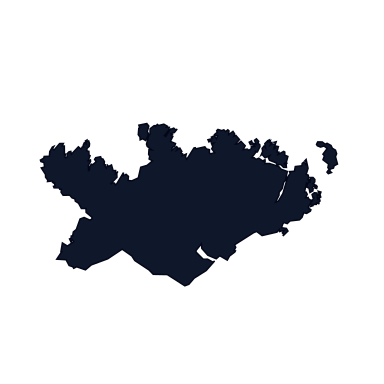 Fredrikstad nor, Østfold, Norway, rotated 162°
{"feature_id": "86288312B4137874429707", "entity_name": "Fredrikstad nor", "entity_type": "district", "adm_level": 2, "iso_a3": "NOR", "parent_name": "Norway", "parent_adm1": "Østfold", "projection": "natural_earth1", "projection_center": [10.867, 59.223], "detail": "fine", "context": "isolated", "style": "filled", "palette": "ink", "viewbox_px": 384, "rotation_deg": 162, "n_neighbors": 0, "source": "geoboundaries", "source_scale": "gbopen_adm2", "svg_char_len": 6033}
<svg xmlns="http://www.w3.org/2000/svg" viewBox="0 0 384 384"><g transform="rotate(162 192 192)"><path d="M306.8,200.9L313.6,192.1L317.2,190.7L319.1,187.1L320.4,187.5L321.3,185.4L323.0,185.2L322.5,181.8L320.6,183.8L319.7,181.4L327.2,179.1L331.0,183.6L335.1,175.8L334.4,175.4L341.4,169.9L332.7,166.5L331.6,160.1L328.4,157.7L328.1,156.0L324.8,156.5L317.4,150.9L310.3,153.8L292.8,154.5L276.1,159.2L269.0,149.8L267.6,144.5L257.0,131.2L254.3,125.7L241.0,121.1L227.8,105.0L223.5,105.2L216.6,109.4L202.8,112.9L191.8,119.4L193.8,118.9L197.9,123.3L202.1,124.6L206.4,133.0L206.7,134.8L199.1,139.8L200.1,135.3L196.5,127.0L189.6,121.0L185.3,122.8L179.5,116.3L176.1,119.5L169.8,121.7L168.9,122.6L170.0,123.4L167.5,125.9L167.9,128.6L145.9,134.3L142.7,134.5L138.8,128.9L123.6,127.6L120.6,129.3L120.9,127.3L115.9,127.1L118.7,125.2L117.8,123.6L119.1,122.1L112.8,125.2L113.5,128.2L117.9,130.4L115.4,133.7L113.9,134.5L111.2,132.5L107.7,134.2L98.4,132.3L95.2,133.9L92.2,137.7L89.6,136.2L85.3,137.2L84.4,138.4L86.1,140.5L85.9,141.9L82.3,145.0L81.5,147.1L80.5,146.5L83.4,143.9L82.5,142.7L83.6,141.6L81.1,141.6L80.6,142.7L77.6,141.8L77.0,143.1L74.6,141.3L75.2,142.6L73.0,143.9L72.9,146.9L71.1,147.4L71.1,149.9L69.4,152.1L71.7,153.7L71.6,151.7L73.0,149.5L72.2,148.8L75.0,145.4L73.4,152.4L75.9,153.5L78.6,152.5L78.7,149.1L77.9,148.7L79.4,147.3L81.5,147.3L83.6,150.1L83.2,150.9L85.8,151.5L83.1,154.2L83.5,156.6L85.0,157.2L80.4,165.2L79.2,164.6L81.6,161.4L79.5,159.4L80.0,155.1L76.7,155.7L75.7,157.8L76.2,159.0L75.2,159.7L73.3,159.6L73.9,157.8L72.4,156.8L71.3,158.5L71.7,159.8L73.5,159.7L72.8,161.1L74.3,162.5L72.1,163.7L71.3,166.0L72.4,168.4L74.5,169.1L76.6,165.1L78.2,164.8L76.7,167.8L78.0,168.0L76.6,170.0L75.4,169.3L76.7,170.1L76.2,172.1L77.9,173.5L74.3,178.7L73.4,187.7L75.2,186.7L73.9,185.1L75.6,182.3L75.2,183.9L76.6,185.8L78.3,185.2L79.4,183.0L85.9,184.3L88.2,180.1L93.0,181.3L92.8,179.4L96.4,176.6L106.0,162.5L112.6,156.7L115.7,156.5L110.3,162.0L109.2,164.8L105.2,167.4L101.8,172.9L99.5,174.3L95.0,182.1L100.1,186.1L101.7,189.6L109.6,195.2L114.0,196.6L113.3,198.0L114.3,198.9L112.9,198.8L112.6,200.1L115.3,199.8L118.0,203.5L121.2,203.3L122.2,205.3L124.5,206.2L119.4,209.8L119.0,211.9L118.7,210.1L117.4,209.9L113.3,214.2L112.9,216.3L114.3,217.7L112.9,219.6L114.3,222.7L116.5,221.9L116.4,217.5L119.5,219.9L119.6,222.2L122.2,221.7L121.8,218.9L119.3,217.7L118.5,218.5L118.1,215.8L121.6,216.7L122.2,215.0L125.0,214.0L126.1,215.7L130.3,216.6L127.1,219.5L129.8,225.1L133.3,223.6L135.8,224.1L130.6,227.2L132.8,232.3L135.1,232.0L133.5,234.2L134.3,237.0L139.5,235.2L137.9,238.7L138.7,240.1L141.4,239.1L142.5,241.3L144.7,241.2L148.0,243.5L149.6,242.7L149.5,241.0L152.9,239.7L152.7,238.6L150.3,237.7L152.2,235.0L153.6,238.6L156.6,238.2L156.0,236.5L160.7,236.8L160.4,234.4L158.3,235.3L158.5,231.8L156.2,231.7L158.4,230.4L158.1,228.8L159.9,227.0L158.3,222.4L162.7,222.6L163.3,224.2L162.3,226.9L165.0,228.5L165.8,231.0L175.2,231.9L175.2,233.1L176.5,233.3L187.6,224.1L186.8,225.1L187.4,227.2L185.7,229.9L190.3,229.5L189.1,231.0L190.6,232.7L189.1,233.7L190.0,237.5L193.6,236.5L191.8,238.3L192.6,239.9L198.3,238.0L197.2,240.4L194.3,241.0L192.7,243.2L196.9,246.8L193.8,250.0L194.7,249.9L193.5,251.0L194.3,252.5L192.9,252.5L193.8,254.1L190.4,254.0L186.6,256.5L188.2,255.9L189.6,258.4L192.8,258.2L192.4,258.9L200.4,252.5L199.6,254.0L200.6,254.3L194.1,258.6L194.7,259.2L193.6,260.5L196.3,261.6L195.2,262.3L197.8,265.2L203.1,265.6L204.1,267.0L206.9,265.3L206.2,266.4L207.6,266.8L212.3,265.1L214.1,260.0L215.1,259.9L220.5,251.6L220.5,249.2L217.2,244.5L219.8,245.7L221.6,241.2L221.2,239.1L222.6,236.6L219.9,233.8L226.5,231.2L233.1,231.4L238.7,222.0L245.9,221.2L249.2,222.8L247.6,226.5L249.2,229.2L252.3,228.7L251.2,231.6L261.1,223.0L262.7,222.6L263.0,224.4L264.6,225.2L267.2,224.7L258.8,229.2L257.8,232.9L256.2,234.4L259.3,232.9L258.0,236.0L260.4,236.7L260.2,242.6L263.5,242.1L264.1,243.6L266.2,241.2L266.8,243.7L265.8,244.5L267.1,245.4L265.9,247.9L266.5,250.9L268.0,251.7L268.0,253.8L273.0,254.4L274.6,253.1L273.8,250.4L277.9,248.7L279.2,249.6L281.6,247.5L282.8,244.4L283.8,244.4L282.4,249.3L279.0,252.4L278.7,253.9L281.1,253.9L277.7,258.0L278.5,258.9L277.5,262.6L279.1,263.3L278.7,265.7L275.6,267.2L274.5,269.6L274.5,272.5L276.3,272.5L275.8,273.9L277.6,273.5L277.8,270.4L279.2,272.1L281.1,270.0L281.2,268.4L282.4,268.8L284.2,267.0L286.1,270.1L295.0,265.2L294.7,268.1L296.7,268.2L298.9,267.0L299.9,264.0L301.6,263.6L302.0,264.7L300.7,267.1L301.7,267.2L299.2,275.2L301.2,275.8L299.3,277.9L302.9,279.0L310.0,274.7L311.4,276.1L309.3,278.1L310.9,277.9L314.8,274.4L316.6,270.1L321.6,271.5L322.6,270.0L326.3,269.2L326.3,267.6L323.7,265.8L324.5,261.3L327.9,261.5L325.9,253.9L326.7,251.3L325.5,247.9L326.2,246.6L321.8,245.7L320.2,243.6L321.2,243.7L320.1,242.3L320.4,240.1L322.0,240.2L321.9,238.6L317.2,237.0L316.9,235.4L315.4,234.9L316.6,232.2L315.6,228.7L309.3,226.8L307.9,223.5L305.5,221.7L305.8,219.3L303.4,216.4L302.3,210.5L298.0,209.1L299.0,205.3L294.9,198.9L295.7,197.1L297.9,196.9L302.5,201.1L306.8,200.9ZM97.3,187.1L94.6,186.2L93.9,189.2L92.3,190.5L94.9,189.1L95.9,190.3L92.9,191.4L89.8,196.2L92.4,198.4L91.4,201.3L92.2,202.3L98.6,201.1L97.0,203.0L98.8,203.9L95.8,208.5L98.1,209.8L99.7,207.8L100.9,207.8L96.4,213.8L98.5,213.9L97.4,212.9L98.5,211.6L100.8,213.0L103.1,212.4L100.9,214.5L102.7,215.1L101.6,216.7L103.9,216.3L102.8,217.6L104.2,217.4L107.8,215.5L108.4,211.2L109.4,213.4L111.9,211.8L112.2,208.9L115.0,205.7L113.8,206.1L112.0,202.0L106.9,202.5L108.8,200.9L108.5,198.2L103.1,193.8L102.7,191.7L99.1,190.6L97.3,187.1ZM56.7,167.3L53.3,167.4L54.4,169.4L53.5,171.1L50.1,171.0L48.7,173.0L45.0,173.6L44.6,181.3L42.6,183.7L42.6,187.5L45.0,190.2L45.4,193.3L48.5,196.6L50.5,196.3L52.7,199.4L57.0,200.8L58.9,198.8L58.5,197.2L55.9,195.0L52.2,194.9L50.0,191.6L55.8,187.5L54.9,185.5L57.5,182.2L53.5,176.4L55.3,173.1L54.4,171.5L57.5,169.2L56.7,167.3ZM222.5,257.9L220.2,255.3L216.9,258.8L215.4,261.4L215.9,263.1L212.7,268.1L213.8,271.1L221.9,272.0L221.9,269.4L222.9,269.1L225.4,263.1L224.5,260.4L225.2,257.6L222.5,257.9Z" fill="#0f172a" stroke="#020617" stroke-width="1.5"/></g></svg>